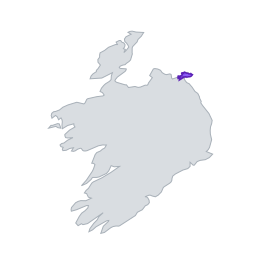 Dundalk-Carlingford Lea-6, Louth, Ireland (highlighted), rotated 340°
{"feature_id": "5873133B30233967473277", "entity_name": "Dundalk-Carlingford Lea-6", "entity_type": "district", "adm_level": 2, "iso_a3": "IRL", "parent_name": "Ireland", "parent_adm1": "Louth", "projection": "equal_earth", "projection_center": [-6.343, 54.045], "detail": "fine", "context": "in_parent", "style": "filled", "palette": "violet", "viewbox_px": 256, "rotation_deg": 340, "n_neighbors": 0, "source": "geoboundaries", "source_scale": "gbopen_adm2", "svg_char_len": 5897}
<svg xmlns="http://www.w3.org/2000/svg" viewBox="0 0 256 256"><g transform="rotate(340 128 128)"><path d="M166.0,50.2L160.2,53.1L159.3,54.2L157.6,58.7L157.4,59.9L153.7,64.9L151.7,65.9L148.6,66.7L146.9,67.5L144.7,67.1L141.9,67.2L140.5,68.0L140.6,68.7L141.4,69.5L146.5,71.8L146.2,72.7L144.7,73.8L135.5,76.5L132.8,78.1L131.8,79.2L132.7,81.0L140.0,86.4L141.3,86.9L142.3,90.1L148.8,91.4L151.4,93.3L153.7,93.8L158.7,93.6L160.7,94.4L161.8,93.8L162.5,92.8L168.1,89.0L166.3,86.1L172.0,81.2L173.5,81.3L176.2,82.8L178.3,84.9L179.0,87.6L181.0,90.1L182.4,91.0L185.9,91.5L186.8,92.4L186.1,96.1L186.6,97.2L195.8,97.2L199.4,95.6L202.6,95.9L204.1,97.5L204.8,99.1L202.1,99.8L199.3,99.4L197.9,100.5L197.8,102.6L198.7,105.4L200.6,107.3L202.2,111.6L203.4,116.5L205.4,119.4L205.8,123.0L205.5,124.8L205.9,128.0L205.0,129.2L205.7,132.2L209.0,142.0L209.7,149.6L208.1,152.5L205.9,155.2L204.4,158.4L203.3,161.9L202.6,167.6L197.9,174.2L195.8,175.9L193.5,176.9L198.6,181.5L194.4,183.6L189.8,184.2L184.7,183.1L181.5,183.2L177.5,185.6L176.5,185.2L174.6,181.4L173.2,185.3L170.3,186.6L165.2,186.3L156.8,187.4L153.6,188.5L152.2,190.3L151.2,192.3L149.9,193.5L148.4,194.1L141.8,195.6L140.6,196.2L137.5,199.5L133.5,201.4L130.2,202.0L127.4,200.1L126.2,198.9L124.8,198.3L120.4,198.4L121.8,199.0L122.7,200.4L123.1,203.0L122.5,205.5L120.3,206.8L117.7,207.0L113.5,209.7L108.0,210.4L105.0,212.8L86.7,217.0L85.7,217.0L83.2,216.0L80.4,215.5L77.7,215.8L70.1,218.1L66.4,217.7L71.2,211.9L77.6,209.1L78.3,208.3L76.2,207.9L64.2,209.9L59.9,211.6L55.8,212.1L57.8,209.5L63.2,205.9L67.9,203.6L70.0,201.5L75.7,199.1L57.3,204.0L52.6,203.4L51.5,202.0L47.7,202.7L46.4,199.4L52.0,194.4L55.3,192.2L59.2,191.1L62.9,189.4L64.3,187.4L62.6,186.7L51.6,187.2L46.3,186.8L46.6,185.2L47.7,183.4L53.2,180.3L56.2,179.9L58.8,180.1L63.4,181.9L69.6,181.4L67.1,179.4L66.7,175.5L64.8,174.1L67.3,172.3L70.2,171.2L75.1,167.4L76.9,166.8L86.4,165.9L96.7,163.9L106.9,161.2L101.7,159.7L99.3,157.6L95.2,161.7L92.3,163.3L84.1,164.1L81.5,163.7L77.9,162.4L76.8,162.9L75.7,163.8L70.2,165.9L64.5,166.3L71.2,162.7L79.8,156.4L81.7,154.5L84.4,151.1L83.6,149.5L81.9,148.7L88.1,141.7L90.3,140.4L94.1,140.2L97.0,139.1L98.2,139.1L99.4,138.7L101.9,136.6L98.1,135.2L94.1,134.6L81.9,135.3L80.3,135.1L78.7,134.5L77.8,133.6L77.1,131.2L76.2,130.7L73.4,130.7L70.7,131.4L68.8,131.3L67.0,130.3L70.0,127.9L66.2,127.3L62.3,127.8L59.1,127.0L59.0,125.5L60.5,124.0L58.6,122.6L58.3,120.7L60.3,119.9L62.6,120.2L67.1,118.8L73.0,118.2L68.0,116.8L66.1,115.7L66.0,114.0L66.4,112.5L72.3,110.0L78.5,108.9L78.1,107.2L78.5,105.5L72.3,105.0L66.1,106.2L66.9,102.8L68.4,99.7L68.8,97.7L68.5,95.6L65.6,96.5L65.4,93.4L64.2,91.4L59.9,92.8L60.1,90.0L61.4,88.1L63.6,87.3L65.8,87.7L69.9,87.6L73.9,86.2L79.6,85.8L88.7,86.3L94.8,90.3L96.4,89.6L99.0,87.0L100.2,86.7L109.5,87.9L115.4,89.3L116.9,88.9L116.1,86.0L114.2,84.1L116.7,81.5L119.8,79.7L121.9,78.8L126.6,77.8L128.7,76.7L130.1,73.4L132.3,70.7L120.5,72.1L109.2,68.8L111.1,66.5L113.5,65.2L117.6,64.2L118.0,63.0L120.1,62.0L123.6,59.4L122.3,55.9L123.1,53.4L125.5,51.8L126.4,49.5L127.5,47.8L132.5,47.1L137.3,45.5L144.7,45.3L146.6,46.0L146.2,43.2L149.7,42.8L151.0,43.3L151.6,45.3L153.2,46.6L153.7,48.8L152.6,50.6L150.8,51.9L152.4,53.2L149.9,55.7L152.6,54.6L156.5,52.2L156.3,50.3L155.7,47.8L154.6,45.6L155.1,43.2L157.3,41.6L163.0,40.9L160.7,38.1L162.8,37.9L165.0,38.4L168.4,40.6L175.4,43.6L171.9,46.3L167.7,48.2L166.0,50.2ZM64.9,103.9L64.8,105.2L62.1,103.6L60.8,101.8L53.3,101.0L56.5,99.2L58.0,99.7L63.3,99.8L64.7,100.5L64.9,103.9Z" fill="#d9dde1" stroke="#a8b0b8" stroke-width="1"/><path d="M192.6,97.0L192.8,97.3L192.7,97.3L192.6,97.5L192.4,97.5L192.5,97.7L192.5,97.8L192.7,98.1L192.7,98.3L192.4,98.2L192.2,98.2L192.1,98.4L192.3,98.4L192.6,98.5L192.8,98.5L193.1,98.5L193.3,98.6L193.5,98.6L193.4,98.8L193.4,99.0L193.4,99.3L193.5,99.3L193.4,99.4L193.4,99.5L193.2,99.7L193.2,99.8L192.9,99.9L192.9,100.0L192.8,100.3L192.7,100.3L192.6,100.5L193.0,100.4L193.3,100.3L193.6,100.3L194.1,100.2L194.4,100.1L194.6,100.1L195.0,100.0L195.5,99.9L195.8,99.8L195.9,99.7L196.3,99.7L196.2,99.5L196.1,99.4L195.9,99.4L196.0,99.4L196.3,99.3L196.5,99.4L197.1,99.4L197.3,99.3L197.5,99.3L197.3,99.3L197.3,99.2L197.2,99.1L197.1,98.9L197.1,98.7L196.9,98.6L197.1,98.6L197.2,98.8L197.3,98.9L197.3,99.0L197.6,99.2L197.8,99.3L197.7,99.3L197.8,99.4L198.0,99.4L198.5,99.3L198.8,99.3L199.1,99.4L199.3,99.4L199.4,99.5L199.4,99.4L199.4,99.5L199.5,99.5L199.8,99.6L200.0,99.9L200.3,100.0L200.5,100.1L200.8,100.2L201.0,100.3L201.3,100.5L201.8,100.5L202.2,100.5L202.3,100.6L202.5,100.6L202.8,100.7L203.0,100.8L203.4,100.9L203.5,100.9L203.8,100.9L204.0,100.9L204.3,100.9L204.3,101.0L204.5,101.0L205.0,100.8L205.4,100.8L205.5,100.7L206.1,100.3L206.3,100.3L206.4,100.2L206.5,100.1L206.8,99.9L206.7,99.8L206.5,99.7L206.4,99.5L206.2,99.4L206.0,99.2L205.9,99.2L205.8,98.9L205.8,98.7L205.8,98.4L205.7,98.3L205.5,98.5L205.4,98.6L205.1,98.7L204.9,98.6L204.7,98.4L204.2,98.2L203.9,98.0L203.7,98.0L203.8,98.0L203.7,98.0L203.6,97.8L203.6,97.7L203.4,97.4L203.1,97.1L202.9,97.0L202.7,96.9L202.3,96.8L202.2,96.8L202.1,96.7L201.9,96.6L201.7,96.5L201.6,96.4L201.4,96.3L201.3,96.1L201.3,95.9L201.1,95.8L200.9,95.6L200.8,95.4L200.7,95.4L200.5,95.1L200.4,94.9L200.2,94.8L199.9,94.8L199.7,94.9L199.3,95.0L199.2,95.0L199.2,95.3L199.0,95.5L198.9,95.6L198.9,95.8L198.5,95.7L198.4,95.7L198.2,95.6L198.2,95.4L198.2,95.2L198.3,95.1L198.2,95.0L198.1,94.8L197.9,94.8L197.8,94.7L197.7,94.7L197.6,94.8L197.4,94.8L197.3,94.7L197.2,94.7L197.1,94.8L197.1,95.0L197.1,95.3L197.2,95.5L197.2,95.8L197.2,96.1L197.2,96.3L197.2,96.6L196.9,96.7L196.7,96.8L196.7,96.7L196.6,96.8L196.4,96.8L196.3,97.1L196.2,97.2L195.8,97.1L195.7,97.1L195.4,97.0L195.2,97.1L194.8,97.1L194.8,97.3L194.7,97.2L194.5,97.3L194.4,97.3L194.2,97.3L194.3,97.3L194.2,97.3L194.1,97.2L194.0,96.9L193.9,96.7L193.7,96.6L193.4,96.5L193.2,96.6L193.1,96.4L192.9,96.4L192.9,96.5L193.0,96.7L193.0,96.8L192.9,96.9L192.7,96.9L192.6,97.0Z" fill="#8b5cf6" stroke="#5b21b6" stroke-width="1.5"/></g></svg>